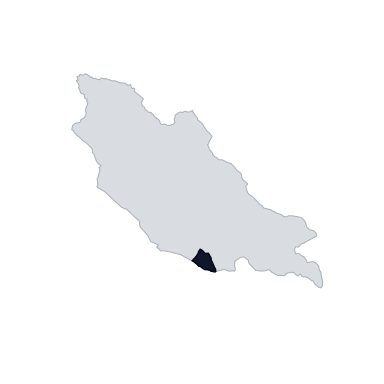 Xatanbulag, Dornogovi, Mongolia shown in context, rotated 36°
{"feature_id": "93677404B73496308227774", "entity_name": "Xatanbulag", "entity_type": "district", "adm_level": 2, "iso_a3": "MNG", "parent_name": "Mongolia", "parent_adm1": "Dornogovi", "projection": "robinson", "projection_center": [109.203, 43.024], "detail": "fine", "context": "in_parent", "style": "filled", "palette": "ink", "viewbox_px": 384, "rotation_deg": 36, "n_neighbors": 0, "source": "geoboundaries", "source_scale": "gbopen_adm2", "svg_char_len": 4915}
<svg xmlns="http://www.w3.org/2000/svg" viewBox="0 0 384 384"><g transform="rotate(36 192 192)"><path d="M32.3,162.5L33.5,162.4L35.5,161.3L35.8,159.7L36.5,158.8L40.9,158.4L42.8,158.9L43.2,157.9L43.6,157.7L44.6,158.5L45.6,158.2L46.4,157.8L47.1,156.6L48.6,156.8L51.3,155.5L51.4,153.1L52.5,152.6L54.8,152.1L55.2,151.1L55.8,150.8L57.5,150.5L60.5,149.3L61.9,149.2L63.0,148.1L65.7,146.8L69.7,146.1L70.1,145.5L73.8,143.4L77.6,143.3L78.9,141.4L79.4,141.3L81.9,143.4L83.0,143.2L83.5,142.3L85.1,142.3L85.6,143.8L86.5,144.5L97.7,145.1L98.0,145.6L98.4,149.2L100.3,150.8L100.7,151.6L103.9,151.4L105.5,152.7L108.3,152.7L109.6,153.0L112.3,151.8L112.9,151.8L113.7,152.4L115.0,151.9L117.4,153.2L119.3,152.9L120.2,153.4L121.3,153.0L124.0,153.4L126.1,155.3L127.6,155.2L129.5,153.9L130.0,153.0L132.7,152.6L134.2,151.7L135.2,151.0L136.9,148.2L137.3,145.3L136.0,144.9L135.0,144.0L134.4,142.4L134.4,141.4L133.3,139.8L133.4,139.0L134.2,137.6L134.8,135.3L135.7,134.0L137.6,133.4L137.8,132.5L139.0,130.7L141.9,129.7L143.6,127.8L144.6,125.8L145.9,126.8L149.5,128.2L152.5,128.8L154.4,130.3L159.7,130.6L168.4,134.0L170.3,133.8L175.5,135.2L175.9,135.7L175.8,138.3L176.1,139.0L176.2,141.7L177.2,143.1L176.8,144.7L177.3,145.2L178.6,145.4L180.6,147.1L185.3,148.3L186.6,149.4L189.9,150.2L191.6,149.7L194.3,150.0L195.3,149.8L197.0,148.5L198.1,148.1L204.4,147.1L206.1,146.2L207.2,146.1L212.1,146.9L215.4,148.2L220.3,148.1L222.5,149.5L223.5,150.8L225.4,152.0L232.1,152.6L232.4,152.9L232.3,155.8L232.6,156.3L236.9,159.5L239.0,160.4L245.2,160.3L254.7,162.3L257.0,161.7L259.0,162.8L259.8,162.7L266.0,160.0L266.9,160.2L273.4,159.2L277.5,157.8L280.6,157.9L283.0,156.7L284.0,154.5L288.0,151.8L295.1,148.5L299.5,149.0L302.1,150.2L304.9,152.6L306.4,153.2L309.3,153.4L313.3,151.8L315.5,152.2L317.5,152.9L318.8,154.1L312.9,166.5L312.8,167.2L310.8,169.8L310.6,173.9L308.1,175.4L308.5,177.8L309.1,178.6L312.0,181.0L313.0,180.7L313.7,179.7L315.3,178.9L318.1,179.1L320.6,178.7L323.7,179.5L326.6,181.4L330.6,177.2L334.4,176.7L337.9,177.3L340.7,180.1L344.0,181.4L344.8,183.0L346.2,183.7L346.6,184.5L350.6,187.8L351.5,189.9L352.7,191.4L352.8,193.0L352.5,193.8L350.9,194.6L345.4,194.2L342.1,192.7L340.9,193.5L336.7,193.2L334.4,193.8L332.8,194.4L331.9,195.5L331.1,195.7L330.4,195.7L329.1,194.8L328.0,194.9L327.7,195.0L327.1,197.7L323.5,197.7L322.3,197.3L319.3,198.6L318.9,199.6L317.3,201.0L316.0,203.6L316.3,204.8L315.9,205.5L313.3,206.9L310.8,209.0L305.5,209.9L303.0,210.0L301.2,209.5L299.4,209.9L298.0,212.3L294.6,215.2L289.6,218.0L280.6,216.3L279.5,215.9L277.6,214.1L272.3,214.0L270.8,215.2L269.5,217.0L267.4,222.9L269.5,226.2L271.9,228.4L272.9,229.9L272.9,231.2L271.2,231.8L269.0,234.0L263.4,235.9L257.2,243.2L246.3,247.4L239.5,247.7L234.2,247.3L219.6,249.4L210.2,253.1L203.2,256.4L201.7,257.9L200.9,258.2L199.7,257.6L195.9,257.4L196.0,254.6L187.8,256.2L181.2,253.0L171.8,251.0L169.9,250.3L166.8,246.7L165.1,246.2L160.9,246.0L149.5,244.4L144.1,245.8L120.9,243.0L112.4,243.9L112.0,243.5L111.6,241.2L107.9,237.7L107.4,236.8L107.3,235.4L104.5,228.1L102.5,227.0L102.9,224.0L99.8,224.2L96.4,223.1L93.0,220.9L91.4,219.3L89.0,218.9L86.1,216.1L84.7,215.5L77.4,214.4L73.6,214.7L69.7,213.9L65.2,213.8L63.7,213.2L62.4,213.3L59.9,212.1L58.1,212.3L56.3,208.2L57.0,205.6L58.0,204.1L60.3,201.8L60.4,200.9L59.7,198.8L61.2,195.1L61.0,192.8L60.1,190.2L58.6,189.6L56.7,186.1L56.3,183.3L55.5,181.4L53.3,180.3L52.7,178.6L52.1,178.5L51.5,179.0L50.2,179.2L48.9,178.2L48.2,177.0L47.4,176.7L45.9,176.8L44.5,177.3L43.1,177.0L41.9,175.9L38.7,174.3L38.7,173.1L38.3,172.2L37.3,172.0L36.3,171.1L33.1,170.1L33.1,169.5L34.2,168.2L32.0,167.1L31.2,166.0L32.7,164.5L32.2,163.5L32.3,162.5Z" fill="#d9dde1" stroke="#a8b0b8" stroke-width="1"/><path d="M232.3,233.5L232.4,236.7L233.1,237.7L233.1,239.0L233.1,239.5L233.2,240.3L233.3,241.6L233.1,242.5L233.1,243.9L232.7,245.6L232.8,246.5L232.6,247.5L233.3,247.5L233.8,247.4L234.3,247.3L234.9,247.1L235.4,247.4L236.1,247.4L236.6,247.4L237.0,247.4L237.9,247.4L238.0,247.4L238.9,247.6L239.6,247.7L240.1,247.7L240.5,247.7L240.7,247.8L241.0,247.9L241.1,248.0L241.5,247.8L241.7,247.7L242.2,247.5L242.5,247.3L242.8,247.3L242.9,247.2L243.2,247.2L243.5,247.3L243.8,247.3L244.2,247.3L244.7,247.4L245.1,247.4L245.4,247.5L245.7,247.5L245.9,247.4L246.0,247.4L246.4,247.4L246.6,247.3L247.0,247.3L247.3,247.3L247.7,247.2L247.8,247.1L248.2,247.0L248.3,247.0L248.5,246.9L248.7,246.7L249.2,246.4L249.8,245.9L250.5,245.6L251.2,245.3L251.3,245.3L251.7,245.1L252.0,245.0L252.9,244.9L253.1,244.9L253.6,244.9L253.9,244.9L254.1,244.9L254.4,244.5L254.5,244.5L254.7,244.4L255.0,244.2L255.5,244.1L256.2,243.8L256.5,243.7L257.1,243.4L257.3,243.2L257.6,243.1L257.9,242.4L256.5,240.7L254.5,239.7L253.2,239.2L252.7,238.6L250.6,237.5L249.6,236.6L248.1,236.3L247.7,235.9L247.4,235.5L245.9,234.0L244.2,233.4L243.9,233.2L242.8,232.6L242.5,232.5L241.2,232.0L238.7,234.1L237.3,233.7L236.2,233.6L234.9,233.2L234.0,233.3L232.3,233.5Z" fill="#0f172a" stroke="#020617" stroke-width="1.5"/></g></svg>